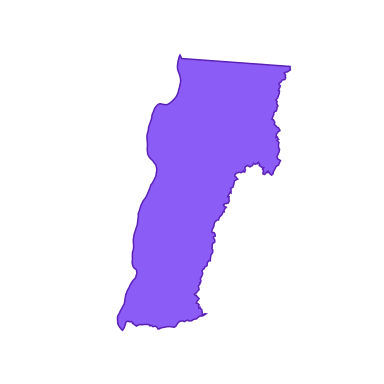 La Guadalupe, Guainía, Colombia (Equal Earth projection), rotated 204°
{"feature_id": "7082276B7133073110314", "entity_name": "La Guadalupe", "entity_type": "district", "adm_level": 2, "iso_a3": "COL", "parent_name": "Colombia", "parent_adm1": "Guainía", "projection": "equal_earth", "projection_center": [-67.046, 1.426], "detail": "fine", "context": "isolated", "style": "filled", "palette": "violet", "viewbox_px": 384, "rotation_deg": 204, "n_neighbors": 0, "source": "geoboundaries", "source_scale": "gbopen_adm2", "svg_char_len": 5960}
<svg xmlns="http://www.w3.org/2000/svg" viewBox="0 0 384 384"><g transform="rotate(204 192 192)"><path d="M129.7,86.3L131.1,85.8L131.4,85.3L131.8,84.8L132.4,83.8L133.3,84.8L133.7,86.4L134.5,87.2L135.2,88.5L137.4,89.3L137.8,89.9L138.5,88.7L139.0,89.6L139.6,90.3L139.5,91.8L141.3,92.5L142.9,92.2L143.0,94.1L142.1,97.5L144.5,98.5L145.2,98.4L145.8,99.3L146.3,99.4L147.0,98.9L148.3,99.6L147.8,100.9L147.0,101.4L146.7,103.4L146.0,105.1L145.9,106.0L146.3,106.4L146.8,107.2L147.7,108.2L147.8,109.3L147.3,111.6L148.2,112.5L147.4,113.3L147.8,114.6L149.1,116.1L148.8,119.6L149.2,122.2L150.7,123.8L150.4,126.1L149.6,126.9L149.8,128.9L148.5,130.2L148.4,131.5L149.2,133.3L148.8,136.0L147.3,136.6L147.8,137.8L149.0,141.7L148.6,145.5L149.6,147.7L151.0,148.5L151.1,149.1L151.0,149.7L151.5,150.6L151.8,151.7L152.3,152.9L150.8,155.7L152.0,157.7L154.0,158.8L154.1,159.8L152.9,161.0L153.3,162.3L155.3,163.9L157.0,163.2L157.9,164.0L158.2,166.0L158.1,166.7L158.2,168.2L158.1,169.8L158.6,171.0L159.0,174.0L157.5,176.8L156.4,177.2L156.6,178.7L156.6,180.2L156.5,181.3L156.2,181.3L155.9,182.3L155.4,183.5L155.5,186.3L154.4,187.0L155.4,188.2L155.3,188.7L155.2,190.1L154.5,192.0L156.6,191.8L157.0,192.4L158.1,193.1L157.0,194.9L155.9,195.4L155.9,195.9L154.4,196.6L154.4,198.0L154.4,198.9L155.5,200.9L156.2,202.8L157.5,202.2L157.4,203.4L157.3,205.4L157.4,207.0L155.9,206.9L157.0,209.5L158.1,210.9L157.4,212.0L156.6,212.9L157.0,216.5L157.8,219.3L157.2,220.3L155.5,222.4L157.0,223.0L157.7,223.6L158.5,223.5L159.4,223.8L159.6,224.5L159.8,225.3L159.6,225.5L159.2,227.2L158.9,227.6L158.1,228.0L157.7,228.6L157.0,229.0L156.2,229.6L155.1,229.5L154.4,230.6L154.0,231.0L153.7,232.1L152.9,231.5L152.0,231.6L152.2,233.8L153.3,235.1L153.6,236.7L152.7,237.8L152.0,238.9L149.2,238.5L148.5,239.6L147.7,240.5L147.3,243.3L145.5,243.0L145.1,243.6L143.6,244.5L143.7,245.1L143.4,246.1L141.4,244.5L141.4,243.6L138.6,243.0L136.3,243.3L137.0,241.6L136.2,241.1L135.0,240.0L135.1,238.6L134.6,237.4L132.7,237.6L131.8,240.6L131.4,241.1L131.0,241.7L130.7,240.6L129.3,241.3L127.7,240.1L126.0,239.8L125.9,241.1L125.3,241.8L125.9,243.2L125.4,249.9L123.9,251.6L124.0,253.2L124.0,254.2L124.0,255.7L123.9,256.7L127.4,257.2L128.0,258.2L128.8,258.7L128.7,260.7L128.8,262.5L128.7,263.9L129.4,266.7L130.7,267.2L131.0,268.3L132.1,269.7L132.6,272.5L135.4,273.7L134.7,274.8L134.3,275.3L135.5,275.8L136.3,277.0L137.5,276.1L138.5,279.8L138.0,280.8L137.7,282.4L136.6,283.7L136.9,284.3L137.7,284.8L139.2,285.9L140.6,285.8L141.8,286.4L144.3,287.2L144.7,289.4L145.5,289.8L146.7,291.0L148.4,290.8L148.9,293.9L148.8,295.9L149.4,297.3L149.0,299.7L148.1,300.0L148.0,301.8L148.4,302.9L148.9,304.2L148.4,305.4L151.0,307.7L151.0,308.5L151.0,309.3L152.8,310.1L152.0,313.0L152.5,318.0L152.9,319.0L153.3,320.1L154.4,320.0L154.3,323.7L154.7,325.1L156.6,325.8L156.6,327.0L156.0,327.8L155.5,328.5L155.1,331.1L152.9,332.5L152.8,334.5L154.0,335.6L154.0,336.9L156.2,338.3L154.9,339.8L153.6,340.6L152.5,342.6L151.8,343.5L152.1,344.2L152.7,344.9L153.3,345.8L153.4,346.6L255.8,309.7L257.1,311.0L258.6,312.2L258.7,310.5L258.1,306.7L257.7,305.0L257.5,304.3L257.0,302.5L256.3,300.5L255.2,298.5L254.0,297.0L252.3,295.3L250.5,293.4L248.6,290.9L247.4,288.6L246.9,286.6L246.5,284.5L246.0,282.6L245.8,280.3L245.2,277.8L245.1,274.8L245.2,272.6L245.7,270.6L247.2,266.6L248.6,263.9L250.0,262.0L251.4,261.0L255.4,260.0L257.1,259.7L258.7,258.1L259.5,255.8L260.1,253.4L260.0,251.2L259.9,248.7L259.8,245.9L258.8,242.8L258.0,233.5L257.0,230.4L256.7,228.2L256.2,225.5L255.0,222.7L253.1,219.4L251.9,217.0L250.1,212.4L248.9,210.3L247.9,208.7L246.0,207.0L243.7,205.7L242.1,205.1L240.7,204.7L238.6,203.4L236.1,202.1L234.1,199.6L232.7,196.7L232.5,195.2L231.9,193.6L231.5,191.4L231.5,188.8L231.7,186.2L231.9,183.6L232.5,181.8L232.1,179.0L231.9,170.9L232.1,168.0L233.0,164.0L233.2,158.9L232.5,153.7L232.3,150.3L231.1,147.7L229.1,141.2L228.6,139.3L228.4,136.5L227.6,129.7L227.0,127.2L226.2,124.4L224.7,121.4L223.2,118.7L222.1,115.3L221.9,112.9L220.2,108.6L219.3,106.9L218.6,105.2L218.2,103.5L216.8,101.5L215.5,99.9L213.7,98.9L211.9,98.6L210.8,97.9L209.1,95.0L209.1,93.1L208.8,92.1L208.8,90.1L209.3,88.8L209.9,87.4L210.5,83.5L210.7,80.9L210.6,79.3L211.0,75.3L210.8,72.9L210.8,71.7L210.1,68.6L209.2,65.4L208.4,62.3L208.8,57.3L208.9,56.1L209.1,54.0L209.1,53.0L209.0,52.0L209.1,51.0L209.3,50.1L209.4,49.2L209.3,48.1L209.0,46.9L208.5,45.8L207.8,44.4L207.2,43.3L206.4,41.9L205.7,41.0L204.9,40.3L203.9,39.6L202.1,38.6L200.3,37.6L199.2,37.4L198.7,40.5L199.4,46.7L198.2,47.8L197.6,48.2L197.2,48.2L196.9,47.9L196.5,47.9L196.0,48.2L195.6,48.2L195.3,48.6L195.0,49.0L194.1,49.0L193.7,48.9L193.5,48.6L193.3,48.1L192.9,47.8L192.6,47.8L192.4,48.1L192.1,48.2L191.5,47.7L191.1,47.5L190.5,47.3L188.9,47.2L188.7,47.2L188.5,46.9L188.3,46.8L188.1,46.9L188.0,47.1L188.0,47.7L187.8,48.0L186.7,48.7L186.4,49.0L186.1,49.4L185.9,49.6L185.1,49.9L184.6,50.2L184.1,50.2L183.9,50.2L183.7,50.4L183.4,50.7L183.2,50.9L182.8,51.0L182.4,51.1L182.2,51.2L181.8,51.6L181.5,51.8L181.0,51.9L178.2,53.1L177.8,53.2L177.1,53.2L176.3,52.7L175.9,52.6L175.7,52.7L175.3,53.5L174.9,53.6L174.3,53.5L173.4,53.1L173.0,53.1L172.6,53.2L172.2,53.7L171.9,53.9L170.9,54.4L170.3,54.5L169.8,54.4L169.3,54.3L168.3,53.7L167.8,53.3L167.6,53.1L167.2,53.1L166.8,53.2L166.4,53.5L165.6,54.6L164.9,55.3L163.8,56.1L162.0,57.4L161.4,57.8L160.8,58.2L160.2,58.6L159.6,59.1L159.0,59.3L158.3,59.7L157.7,60.0L156.4,60.3L155.1,60.8L153.8,61.0L153.5,61.1L153.2,61.3L152.9,61.6L152.6,62.0L152.2,62.9L152.0,63.9L151.9,65.1L151.5,66.8L151.1,67.9L150.8,68.4L150.5,68.8L150.0,69.2L149.0,69.9L148.6,70.3L148.2,70.4L147.9,70.5L146.8,70.4L146.2,70.5L145.5,71.5L144.3,72.8L144.0,73.1L143.6,73.2L142.9,72.9L142.6,73.0L142.2,73.1L141.7,73.4L140.6,73.8L140.1,74.1L139.7,74.6L139.2,75.6L138.8,76.1L137.8,77.0L137.3,77.3L136.8,77.6L136.3,77.9L136.2,78.1L136.1,78.6L136.0,78.9L135.4,80.1L135.0,80.7L134.8,81.4L134.5,81.8L134.2,82.0L133.4,82.2L133.1,82.4L132.7,82.6L132.2,82.9L131.8,83.4L131.6,83.5L129.7,86.3Z" fill="#8b5cf6" stroke="#5b21b6" stroke-width="1.5"/></g></svg>